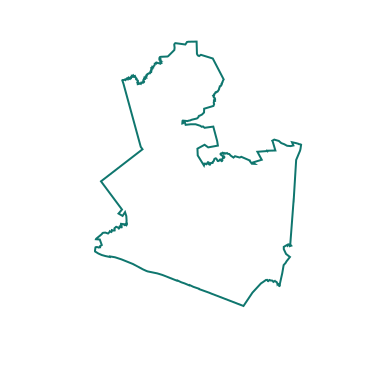 Palsmanes pag., Smiltenes, Latvia, rotated 225°
{"feature_id": "27541924B2832200646893", "entity_name": "Palsmanes pag.", "entity_type": "district", "adm_level": 2, "iso_a3": "LVA", "parent_name": "Latvia", "parent_adm1": "Smiltenes", "projection": "orthographic", "projection_center": [26.198, 57.386], "detail": "fine", "context": "isolated", "style": "outline", "palette": "teal", "viewbox_px": 384, "rotation_deg": 225, "n_neighbors": 0, "source": "geoboundaries", "source_scale": "gbopen_adm2", "svg_char_len": 6025}
<svg xmlns="http://www.w3.org/2000/svg" viewBox="0 0 384 384"><g transform="rotate(225 192 192)"><path d="M75.0,147.8L78.1,163.6L78.6,176.1L78.1,178.6L77.5,182.1L76.9,182.7L76.7,183.0L75.4,182.7L75.1,182.8L75.0,183.3L75.1,184.2L75.0,184.6L73.7,185.1L72.8,186.0L72.1,186.2L70.9,186.0L70.5,187.7L70.0,187.6L68.7,188.2L68.1,187.9L67.3,187.9L66.2,187.1L66.2,187.8L65.9,188.0L63.9,187.2L63.7,187.3L63.7,187.9L65.0,189.3L70.7,198.3L75.5,205.1L75.7,208.3L76.1,209.5L76.8,215.3L81.7,214.7L86.7,216.5L88.3,218.1L87.4,221.5L86.6,221.5L87.1,222.6L86.7,223.3L86.4,223.5L84.6,222.8L83.9,224.2L85.6,224.4L85.7,224.7L114.3,258.0L114.2,258.0L141.0,288.3L144.8,297.6L145.7,299.1L148.3,302.6L148.8,302.5L150.3,301.4L150.9,301.3L152.9,300.2L156.5,297.9L153.2,296.6L154.7,294.2L157.5,291.9L160.6,291.0L163.5,289.7L166.7,289.5L170.9,287.2L171.5,285.0L170.5,284.7L162.4,280.3L167.3,275.1L167.3,274.2L168.4,274.2L168.5,273.3L174.2,266.7L165.5,264.1L169.9,255.8L167.6,256.2L169.7,254.3L173.8,254.9L173.8,255.0L182.1,251.7L182.3,250.9L182.8,250.0L186.9,247.7L187.0,245.7L190.3,245.1L192.5,245.2L193.7,244.3L194.8,244.3L195.3,243.0L196.3,242.8L196.4,241.5L196.6,241.3L197.1,241.3L197.6,241.7L198.1,241.5L198.3,240.4L198.8,239.8L198.8,239.3L198.7,239.0L197.4,238.8L195.8,239.2L194.9,238.7L194.6,239.0L194.6,239.7L193.8,239.6L193.6,239.3L193.5,238.9L194.1,237.5L193.8,236.6L194.1,235.8L192.9,235.8L192.7,235.2L192.8,234.8L193.1,234.7L194.6,235.1L195.0,235.0L195.2,234.6L195.0,233.3L195.4,232.3L195.7,232.1L198.5,232.8L199.2,232.4L199.5,231.2L199.3,230.7L198.6,229.5L198.5,228.9L198.7,228.1L198.6,227.9L198.0,227.4L198.0,227.1L199.9,224.9L199.6,224.6L198.8,224.6L198.6,224.2L199.0,223.7L200.1,223.6L200.5,223.7L200.6,224.0L201.4,224.6L201.8,224.4L201.8,223.8L201.4,222.4L201.5,221.7L202.8,221.4L203.3,220.9L202.3,219.2L213.8,221.9L218.8,226.5L216.5,234.3L212.1,235.0L206.5,243.1L210.2,245.8L223.2,253.3L228.5,246.3L230.6,246.1L231.2,245.0L233.1,244.6L237.4,242.4L240.7,239.1L244.0,235.0L246.1,236.1L247.0,235.1L247.0,234.1L247.3,233.6L249.0,235.6L249.0,236.0L245.2,239.1L245.0,239.8L244.0,241.2L243.3,242.9L240.6,247.3L240.4,247.9L240.4,249.4L240.9,250.4L240.8,251.1L240.5,251.4L239.7,253.8L239.7,256.7L242.3,259.5L237.7,268.0L238.5,269.8L239.7,270.4L240.7,271.8L240.4,271.8L240.1,272.6L240.3,272.7L240.6,272.4L241.2,272.5L241.0,273.4L241.5,273.5L241.5,274.1L242.3,274.5L243.2,274.3L243.4,274.5L243.6,274.4L244.1,274.8L245.1,275.0L245.0,275.4L245.2,275.9L244.9,276.2L245.5,276.9L245.4,277.8L245.7,278.6L245.6,278.8L245.7,279.0L245.4,279.2L245.3,279.6L245.6,279.9L245.4,280.4L245.0,280.8L244.9,281.3L245.2,282.2L245.3,283.1L245.7,284.1L246.2,284.5L246.4,285.5L247.1,286.4L246.6,287.7L246.8,288.0L246.9,288.4L247.1,288.6L247.0,289.0L247.7,289.5L247.7,289.9L247.6,290.1L248.1,290.8L248.1,291.3L248.4,291.6L249.1,293.5L249.2,294.0L271.7,301.1L282.7,295.3L283.1,293.2L284.5,292.7L286.2,293.2L295.1,301.6L300.8,295.7L301.6,294.5L301.0,291.6L308.9,285.6L309.1,285.3L309.1,284.5L308.7,283.6L306.3,281.7L304.9,279.9L304.9,271.1L305.2,270.4L309.6,265.6L310.1,264.7L309.9,263.9L309.5,263.4L309.3,263.7L309.1,263.7L308.6,262.9L308.3,263.0L308.0,263.4L307.8,263.1L307.8,262.7L307.3,262.9L307.1,262.8L306.9,262.4L306.4,262.6L306.2,262.1L305.9,262.2L306.1,261.7L305.6,261.7L305.6,261.1L305.2,261.1L305.5,260.7L305.2,260.3L308.7,258.4L308.6,258.0L308.0,257.9L308.0,257.6L308.8,257.4L308.7,257.0L309.1,256.4L308.6,255.9L308.0,254.9L308.2,252.7L307.5,252.5L307.7,252.0L307.7,251.6L308.4,251.8L308.2,251.3L307.8,251.2L308.3,250.7L307.1,250.1L307.3,249.5L307.0,249.0L307.0,248.9L306.7,248.8L306.6,248.3L306.2,248.7L305.7,248.0L305.9,247.8L305.7,246.1L306.4,245.6L306.6,244.1L306.9,244.0L306.9,242.5L306.7,242.3L306.5,242.7L306.4,242.6L306.5,241.9L306.0,241.6L306.3,241.1L305.6,240.7L306.2,240.4L306.4,240.0L305.4,240.0L306.3,238.8L306.2,238.4L305.9,238.3L305.6,238.6L305.3,238.5L305.8,237.9L305.6,236.8L305.3,236.4L304.2,236.4L303.9,236.2L303.7,235.9L303.7,235.2L304.3,235.1L304.5,235.0L304.3,234.3L305.2,233.7L305.3,233.5L304.8,233.1L304.9,232.7L304.7,232.3L305.1,232.2L305.6,231.5L306.5,231.5L306.2,230.5L306.6,229.9L307.2,230.4L307.2,230.9L307.6,230.9L307.8,230.6L308.1,230.7L308.2,231.1L307.9,231.3L307.8,231.6L308.6,231.8L308.9,232.4L309.4,232.5L310.4,232.3L311.1,232.5L311.3,232.3L311.6,232.6L311.6,233.0L312.5,233.0L313.4,233.3L313.7,232.9L314.2,233.0L314.4,232.7L314.7,233.4L315.1,232.9L315.6,232.8L315.6,232.4L314.8,232.1L315.4,231.5L316.3,232.5L316.5,231.8L316.8,231.6L316.4,231.1L316.4,230.6L316.0,230.7L316.4,230.1L315.7,229.4L316.3,229.0L316.4,228.5L315.9,228.4L315.8,228.0L316.2,227.8L316.8,228.4L317.0,227.8L317.4,227.9L317.2,227.2L317.9,227.5L318.0,226.9L317.5,225.9L317.8,225.7L318.4,225.8L318.4,224.7L318.2,224.6L318.2,224.1L319.0,224.1L319.2,223.4L319.7,222.7L319.7,222.4L320.3,222.0L320.3,221.7L317.2,220.2L260.2,187.7L257.2,187.2L263.9,135.2L229.1,130.1L228.7,124.8L224.2,126.0L225.1,130.4L221.4,128.5L217.9,125.4L217.5,124.8L215.3,123.4L215.2,123.1L215.9,123.5L216.1,123.3L215.3,122.4L215.6,122.0L215.4,121.8L215.6,121.6L216.1,121.8L216.0,121.4L216.3,120.9L217.1,121.3L217.4,121.2L218.3,120.3L218.1,119.8L218.3,119.5L218.6,119.5L218.9,119.9L219.7,119.3L219.5,119.0L218.6,118.7L218.8,117.9L218.4,117.4L217.0,117.6L216.8,117.3L217.1,116.9L218.2,116.7L218.7,116.4L218.0,115.1L217.8,114.6L217.9,114.4L219.1,114.6L221.0,113.8L221.1,113.4L221.0,112.8L221.2,111.8L221.1,111.4L219.7,110.4L219.5,110.1L220.3,109.2L221.7,108.4L220.8,107.2L220.8,106.6L222.2,106.2L222.0,105.9L222.2,105.7L222.0,104.9L222.0,103.3L224.6,102.0L226.0,100.3L226.2,99.4L226.0,98.4L226.7,91.2L226.5,90.7L223.6,93.2L218.3,90.7L218.7,88.6L217.9,87.9L218.9,86.6L219.5,86.5L220.5,85.6L220.9,85.2L221.1,84.6L219.1,81.9L218.5,81.4L214.7,82.3L211.3,83.6L207.9,85.5L204.1,88.0L204.5,88.4L200.3,91.4L194.2,94.5L182.9,99.3L172.0,102.6L168.5,103.9L167.2,104.5L159.0,109.9L154.3,112.4L139.8,118.7L139.9,119.1L135.7,120.6L132.7,122.1L127.8,124.1L127.9,124.5L124.0,125.9L118.5,128.6L118.2,128.4L117.6,128.7L108.5,133.0L106.3,133.9L75.0,147.8Z" fill="none" stroke="#0f766e" stroke-width="2"/></g></svg>